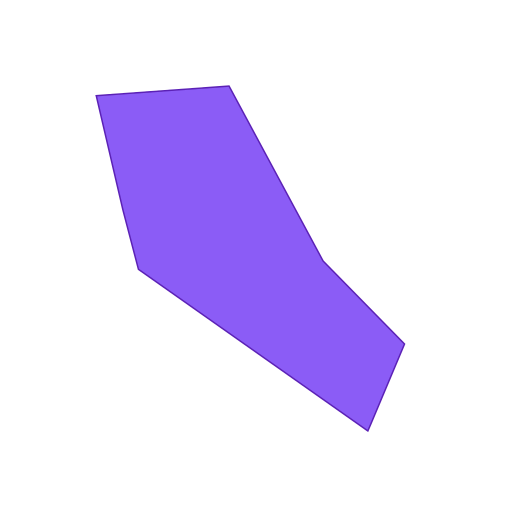 New Minya, Al Minya, Egypt, rotated 343°
{"feature_id": "37247803B40620949995251", "entity_name": "New Minya", "entity_type": "district", "adm_level": 2, "iso_a3": "EGY", "parent_name": "Egypt", "parent_adm1": "Al Minya", "projection": "albers", "projection_center": [30.791, 28.11], "detail": "fine", "context": "isolated", "style": "filled", "palette": "violet", "viewbox_px": 512, "rotation_deg": 343, "n_neighbors": 0, "source": "geoboundaries", "source_scale": "gbopen_adm2", "svg_char_len": 288}
<svg xmlns="http://www.w3.org/2000/svg" viewBox="0 0 512 512"><g transform="rotate(343 256 256)"><path d="M316.9,450.0L372.3,383.6L318.7,280.4L279.9,85.6L158.9,58.0L150.1,56.0L142.2,173.1L139.7,234.4L311.8,456.0L316.9,450.0Z" fill="#8b5cf6" stroke="#5b21b6" stroke-width="1.5"/></g></svg>